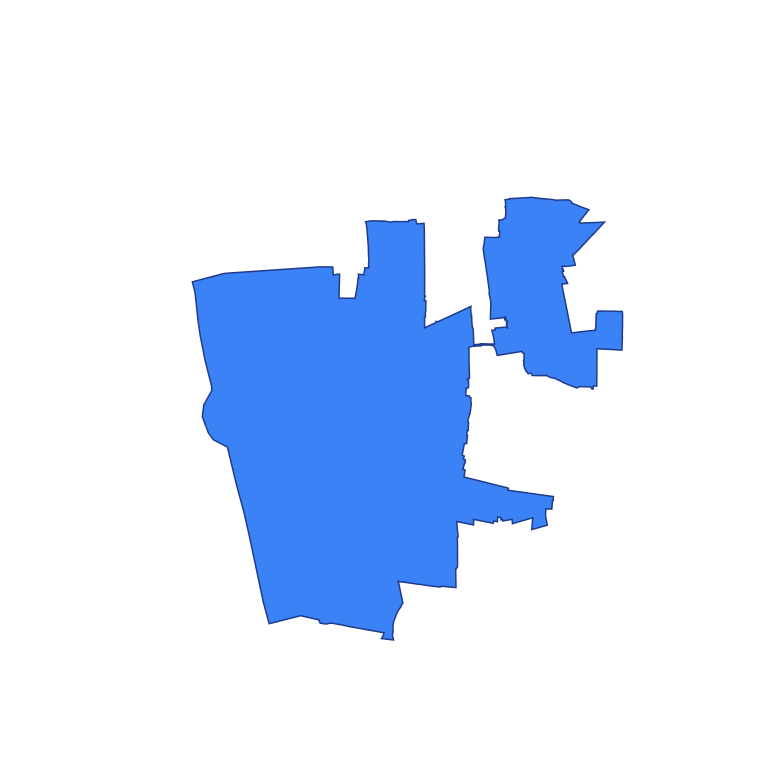 's-Gravenhage, Zuid-Holland, Netherlands, rotated 306°
{"feature_id": "6326949B51640145634696", "entity_name": "'s-Gravenhage", "entity_type": "district", "adm_level": 2, "iso_a3": "NLD", "parent_name": "Netherlands", "parent_adm1": "Zuid-Holland", "projection": "albers", "projection_center": [4.334, 52.075], "detail": "fine", "context": "isolated", "style": "filled", "palette": "blue", "viewbox_px": 768, "rotation_deg": 306, "n_neighbors": 0, "source": "geoboundaries", "source_scale": "gbopen_adm2", "svg_char_len": 6087}
<svg xmlns="http://www.w3.org/2000/svg" viewBox="0 0 768 768"><g transform="rotate(306 384 384)"><path d="M551.3,556.6L557.9,552.0L560.5,550.3L561.5,549.8L561.9,549.5L562.8,548.4L563.2,548.3L572.2,542.1L580.8,535.9L582.5,534.4L582.6,534.2L582.6,533.9L582.4,533.5L580.5,531.1L578.4,527.6L575.5,523.7L569.3,514.8L569.2,514.7L568.9,514.8L568.3,513.9L567.0,514.8L567.0,514.7L565.4,514.4L554.5,522.0L553.2,522.4L551.6,523.6L550.9,522.6L550.5,522.0L549.0,520.2L535.7,505.8L535.8,505.7L535.7,505.5L569.3,469.1L573.2,473.4L573.9,472.2L574.0,472.3L576.5,467.5L577.0,467.0L576.4,466.3L577.6,464.8L579.6,462.0L580.8,463.1L581.5,462.2L581.4,462.1L581.5,461.9L582.2,461.3L581.7,460.8L582.4,460.5L582.9,459.9L583.7,458.8L584.4,459.3L584.5,459.7L584.7,460.0L585.2,460.2L585.3,460.5L585.2,460.9L585.2,461.1L592.2,468.7L592.7,468.9L599.5,460.6L600.0,461.3L604.2,462.1L606.7,462.5L616.0,463.6L616.5,463.6L616.4,463.7L620.9,464.3L621.2,464.1L621.3,464.3L628.5,465.1L628.3,465.3L644.5,467.2L629.4,448.1L629.7,447.9L629.8,446.6L631.3,446.6L631.1,446.9L640.3,447.0L641.0,447.3L641.4,447.0L645.4,447.4L642.7,437.9L641.0,430.4L640.8,429.8L640.5,429.6L641.1,429.2L641.4,428.7L641.6,428.2L641.5,425.5L641.4,425.0L633.6,414.8L632.3,412.0L631.1,409.9L626.9,402.9L622.7,395.4L622.1,394.2L607.5,376.3L607.0,376.7L606.0,375.7L604.4,373.6L602.1,375.7L599.3,378.1L598.9,377.6L597.8,378.7L598.1,379.0L594.6,381.5L590.9,383.9L589.4,384.6L589.0,384.1L586.4,383.2L584.0,380.5L582.6,382.1L577.1,385.3L575.1,386.9L575.0,387.2L575.5,387.9L573.3,389.6L572.8,389.4L571.5,390.4L571.3,390.3L570.8,391.0L569.7,390.0L567.7,387.6L563.3,381.2L561.9,379.4L555.0,383.2L553.4,383.9L551.8,384.7L544.9,391.3L542.8,393.6L534.7,401.5L532.4,403.8L527.0,408.9L521.7,414.1L518.6,416.2L517.6,417.3L515.8,419.5L513.4,422.0L510.5,424.1L499.0,431.9L508.4,442.3L508.7,442.0L509.6,443.0L508.8,443.7L508.1,442.9L506.9,444.0L507.8,444.9L506.6,446.0L507.4,446.9L506.7,447.6L506.1,447.0L504.7,448.4L504.3,447.9L502.9,449.4L502.6,450.4L502.0,450.9L501.7,450.7L502.5,449.9L500.7,448.0L494.5,441.0L493.1,442.3L490.8,439.7L485.6,445.9L482.7,448.6L481.4,450.1L475.0,441.0L474.1,439.3L473.1,438.3L472.9,438.5L472.6,438.3L468.6,433.5L478.1,426.1L481.4,423.3L481.4,423.1L481.4,422.6L482.4,421.7L482.5,421.5L487.0,417.6L489.0,416.2L489.9,415.4L489.9,415.2L490.0,415.3L491.0,414.5L492.4,412.8L495.7,410.0L497.9,408.7L486.0,402.2L465.8,390.8L465.5,389.8L465.1,389.2L463.9,389.7L453.3,383.8L461.7,377.7L461.9,377.9L462.4,378.2L465.8,375.7L467.4,375.0L475.9,369.0L475.0,367.8L475.8,367.1L476.0,367.3L478.8,365.3L479.3,366.0L479.5,365.9L479.4,364.9L498.6,351.0L533.5,325.2L537.5,321.9L533.1,316.9L533.0,316.4L534.5,314.4L535.7,313.0L535.0,312.0L533.9,310.7L530.8,307.8L529.9,308.4L526.2,303.5L521.1,296.3L519.4,294.8L518.9,294.2L517.6,291.8L516.7,289.7L515.8,288.2L515.4,287.7L515.1,287.9L514.8,287.5L514.9,287.1L514.7,286.6L509.9,279.7L508.2,277.5L504.4,273.7L503.2,275.4L500.7,277.9L485.9,290.6L477.9,296.7L475.9,298.6L472.3,300.8L468.9,303.3L466.8,300.2L465.2,301.2L463.6,301.8L460.6,303.5L457.7,298.7L456.7,299.7L455.1,300.9L455.0,301.2L454.6,301.4L454.3,300.8L449.0,304.0L442.0,307.5L436.3,310.2L427.0,297.1L446.2,283.9L446.8,283.4L442.5,278.8L443.8,277.9L444.7,276.9L448.5,273.8L441.5,263.8L381.4,191.9L378.9,189.2L354.0,168.9L347.1,177.2L325.2,197.0L315.1,206.9L298.1,225.2L281.1,245.6L277.5,248.5L261.2,250.5L250.8,256.2L241.3,270.5L238.6,278.8L241.0,294.3L216.2,323.4L196.9,347.3L180.7,365.7L167.1,380.8L136.4,414.8L122.6,432.0L147.5,452.7L155.0,470.1L154.0,470.9L153.0,473.0L153.9,474.5L154.7,476.4L156.1,478.6L158.7,480.8L159.4,481.8L160.4,483.4L162.2,487.3L164.8,492.3L164.7,492.4L167.5,498.8L179.4,523.4L182.8,530.3L179.7,531.2L176.6,531.6L182.5,542.2L183.4,541.3L185.8,538.3L188.3,537.3L189.6,536.5L193.3,533.6L197.8,531.3L199.2,530.9L201.6,530.5L203.4,529.8L206.6,529.0L209.7,528.7L213.5,528.6L214.4,528.3L215.8,528.0L217.8,528.1L230.6,514.0L232.6,511.5L233.0,512.1L233.1,512.5L233.5,513.4L236.3,518.3L242.0,529.2L243.4,531.3L243.7,532.2L246.7,537.9L251.7,547.1L252.9,548.9L253.4,549.2L254.1,549.3L254.6,549.9L255.1,551.0L255.5,551.6L261.6,561.9L274.4,552.3L276.7,550.7L277.0,551.1L277.8,550.9L279.2,551.0L294.1,540.2L303.3,533.3L303.8,533.5L304.0,533.7L304.6,533.2L310.5,527.9L315.5,523.7L322.6,539.3L326.1,536.8L327.0,535.9L327.4,536.9L327.5,536.8L331.0,544.4L335.4,554.1L335.5,554.2L337.8,553.4L339.3,556.7L343.2,554.1L344.5,557.0L344.6,557.5L342.8,558.3L344.1,559.5L343.0,560.6L349.8,567.2L346.5,570.0L363.2,583.0L353.1,589.1L365.8,599.1L372.6,591.9L378.0,588.3L381.5,593.3L388.5,588.9L388.9,589.4L392.5,587.3L371.1,547.0L371.0,546.7L372.7,546.0L372.7,545.5L362.9,521.0L357.6,508.0L355.8,503.5L362.2,500.0L361.3,498.1L365.1,496.5L368.5,495.8L369.5,494.8L370.4,494.5L369.7,492.7L372.9,491.2L372.1,489.2L378.8,486.1L379.7,485.6L379.9,485.3L380.5,485.3L383.2,484.0L384.2,485.9L385.0,485.5L391.5,481.8L391.1,481.1L395.4,478.6L395.9,479.4L402.7,474.9L402.5,474.3L404.4,472.9L406.8,472.2L410.4,470.7L410.5,471.0L412.6,469.9L414.2,469.2L414.4,468.9L419.5,466.2L420.6,464.7L421.6,464.2L424.0,462.4L423.5,461.5L423.9,460.8L424.5,460.0L422.8,456.8L429.1,452.9L429.4,453.0L430.1,454.3L430.5,454.3L431.4,453.8L431.6,454.0L436.6,450.2L436.1,449.4L436.1,449.1L436.4,448.6L436.8,448.3L437.6,448.5L438.5,449.8L438.9,449.8L452.9,439.0L456.7,436.3L459.6,434.0L463.9,431.1L466.9,433.9L471.9,440.0L473.0,440.5L474.1,441.6L477.8,446.9L478.8,448.8L479.0,450.0L479.0,450.9L478.8,451.8L478.1,453.0L478.3,453.2L473.7,458.8L491.6,476.6L490.6,477.7L490.8,478.3L490.9,479.9L489.6,480.3L487.7,481.8L486.4,482.7L484.7,483.2L484.6,483.6L484.5,484.4L483.9,484.5L482.7,485.0L481.3,486.3L480.4,487.2L478.9,489.4L478.3,490.6L477.5,492.9L477.1,494.7L478.9,496.3L479.0,497.5L477.9,498.8L485.7,509.8L486.0,509.6L486.7,511.0L486.6,511.6L486.9,513.7L487.3,515.2L489.1,519.4L490.2,525.5L490.7,529.2L490.9,529.2L491.3,531.6L494.2,542.5L496.5,543.3L502.9,552.5L503.1,552.9L503.1,553.3L502.3,554.6L502.5,554.8L502.5,555.8L503.0,556.1L505.3,554.5L507.4,557.3L515.6,551.5L537.6,535.6L538.1,536.3L544.2,545.5L546.4,549.0L551.3,556.6Z" fill="#3b82f6" stroke="#1e3a8a" stroke-width="1.5"/></g></svg>